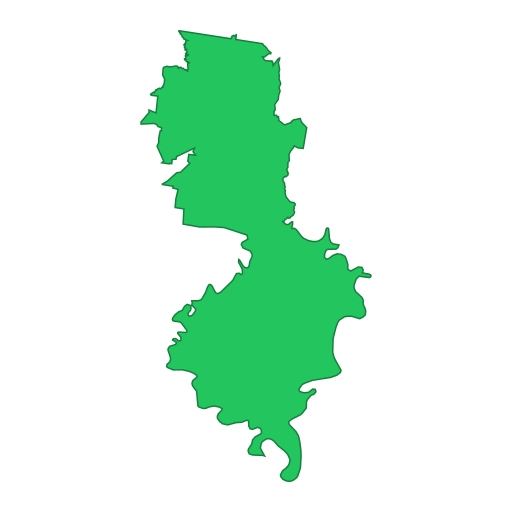 Jáltipan, Veracruz, Mexico (Albers equal-area conic projection)
{"feature_id": "50627088B42259130127478", "entity_name": "Jáltipan", "entity_type": "district", "adm_level": 2, "iso_a3": "MEX", "parent_name": "Mexico", "parent_adm1": "Veracruz", "projection": "albers", "projection_center": [-94.718, 17.862], "detail": "fine", "context": "isolated", "style": "filled", "palette": "green", "viewbox_px": 512, "rotation_deg": 0, "n_neighbors": 0, "source": "geoboundaries", "source_scale": "gbopen_adm2", "svg_char_len": 6013}
<svg xmlns="http://www.w3.org/2000/svg" viewBox="0 0 512 512"><path d="M306.7,127.6L302.2,123.0L301.0,121.0L300.3,118.5L293.3,120.0L291.4,121.5L291.2,122.5L284.5,124.9L278.6,120.3L278.9,118.6L278.5,117.7L277.6,117.1L278.1,116.6L276.8,116.5L276.6,115.3L274.1,115.4L274.0,111.9L274.4,110.6L275.0,110.4L275.2,108.7L274.6,104.6L278.2,99.6L278.8,94.7L280.1,91.1L279.0,87.4L280.5,84.4L280.6,83.2L279.0,78.7L279.4,75.8L278.8,73.0L279.6,69.5L278.4,62.5L279.6,59.2L279.6,58.0L277.9,59.1L273.1,65.6L272.8,62.1L272.1,62.0L272.0,61.0L265.9,60.8L264.4,60.0L262.6,56.8L264.5,57.0L268.8,53.6L270.7,53.8L271.0,52.7L268.3,50.6L265.8,47.0L263.5,45.2L262.6,43.7L235.8,39.5L236.4,34.1L235.7,35.5L234.6,35.9L233.6,35.4L232.0,36.2L231.1,38.6L231.4,38.8L179.0,30.7L178.8,31.3L179.6,32.4L180.3,32.1L180.3,34.0L181.0,34.0L182.4,37.0L183.8,38.1L183.6,38.8L187.1,40.4L186.0,40.5L185.3,43.7L185.7,45.0L185.3,44.6L184.5,45.3L184.2,44.5L183.9,45.0L185.2,47.3L184.6,47.7L185.4,48.5L185.0,49.6L186.6,49.4L186.1,50.5L187.1,51.6L187.0,52.3L185.8,53.3L188.4,54.9L187.1,55.8L185.9,54.3L185.3,56.1L186.0,57.0L185.7,58.1L185.4,58.6L183.9,58.7L184.6,58.9L185.0,60.1L186.3,59.9L186.3,61.6L187.4,61.7L187.8,63.0L188.6,62.2L189.3,62.7L187.7,64.0L187.7,66.8L188.4,68.1L187.3,70.1L187.9,70.9L187.5,71.2L185.9,69.5L185.0,70.0L183.2,68.3L182.3,68.6L180.9,67.2L178.6,68.1L179.0,66.7L178.3,67.5L177.2,66.2L176.1,65.9L170.7,66.9L166.9,66.3L163.6,67.4L163.1,68.6L162.7,74.9L164.7,79.4L164.0,84.2L162.7,86.4L163.1,87.0L161.7,87.6L160.9,88.8L159.7,88.2L157.5,89.0L156.4,90.2L156.2,89.8L155.6,90.1L155.7,91.3L155.4,90.8L154.5,92.3L154.3,91.9L153.6,92.1L150.6,94.2L151.2,95.3L157.8,96.1L156.0,112.9L149.0,110.0L149.0,112.6L141.0,122.0L141.1,124.1L153.8,123.5L156.6,124.4L157.9,126.5L161.5,127.7L161.4,130.7L160.3,130.7L159.5,134.1L158.7,138.4L158.7,142.5L157.1,146.3L163.7,161.1L161.8,162.8L169.3,163.9L169.8,163.4L171.7,163.7L172.2,159.5L176.0,159.2L176.5,156.6L194.4,148.1L193.0,151.7L195.5,155.2L188.8,154.4L187.8,161.3L189.8,163.3L180.7,172.1L176.5,172.9L167.4,181.1L162.3,184.1L162.4,184.5L173.3,186.3L172.8,188.0L178.1,189.4L175.8,199.2L175.1,207.5L183.9,209.0L183.1,224.1L199.6,227.0L214.7,226.9L224.3,227.6L247.1,235.1L247.8,239.2L242.1,242.4L241.3,244.4L243.0,247.9L250.3,251.1L252.1,254.4L252.1,256.7L249.9,261.2L249.0,266.1L248.0,267.5L246.5,268.0L245.3,267.7L243.3,266.2L239.6,260.1L238.7,259.5L238.5,262.0L242.2,269.2L242.5,273.6L241.0,274.7L239.6,273.3L236.5,273.5L232.7,280.5L221.1,291.8L218.9,293.2L216.6,293.5L215.5,292.5L211.8,285.6L210.4,284.5L209.2,284.5L207.7,286.7L205.6,292.3L202.1,298.5L200.7,300.0L198.1,300.7L191.7,300.8L192.3,303.0L191.7,305.1L195.7,309.1L195.1,311.5L192.5,315.0L190.7,316.0L188.7,315.9L188.0,314.7L188.3,312.9L190.4,310.5L191.0,308.8L190.9,306.9L190.4,305.4L187.1,304.4L184.6,306.3L182.2,310.4L178.5,311.9L174.7,315.1L172.9,317.8L172.4,319.3L172.7,320.4L174.1,321.2L179.2,321.8L181.0,322.5L187.0,330.6L186.8,331.9L185.5,332.5L178.7,332.0L177.8,332.5L177.7,333.5L180.6,336.9L181.0,338.3L180.9,340.3L180.4,340.9L178.5,340.9L176.6,339.1L175.3,338.6L173.7,338.6L172.8,339.3L172.5,340.0L176.1,342.2L176.3,343.3L175.5,344.5L169.7,346.3L168.1,348.6L168.0,350.1L170.4,357.3L170.5,360.1L169.3,362.4L167.1,364.2L166.7,366.4L167.2,367.4L173.2,369.9L182.3,369.8L189.3,371.4L193.6,373.2L196.6,375.3L197.0,376.7L196.7,377.4L193.3,380.1L192.5,381.1L192.0,383.6L192.5,385.7L196.6,391.2L197.9,405.9L198.8,406.9L203.1,408.5L206.1,408.3L208.2,407.2L213.9,406.0L219.5,407.1L222.0,408.6L221.7,410.3L218.4,413.6L217.3,416.3L217.5,418.6L219.6,421.4L222.3,423.7L227.7,424.9L235.8,422.7L241.9,422.2L246.2,420.4L247.7,420.4L248.6,421.0L248.7,425.9L250.1,428.8L252.4,429.4L257.5,427.4L259.8,428.1L261.2,429.5L261.5,432.7L260.6,433.9L255.2,436.9L252.6,439.9L251.7,444.0L248.3,449.3L248.2,451.4L249.3,453.9L252.6,455.0L262.9,455.4L264.6,456.0L260.4,448.2L260.8,445.1L261.7,442.4L262.7,441.4L266.0,439.1L268.0,438.7L269.8,438.8L272.2,439.8L274.4,441.5L277.8,445.6L284.4,450.8L287.6,454.2L289.7,458.8L290.0,460.7L288.8,464.9L286.3,467.9L282.6,470.8L280.4,474.9L281.0,477.0L282.9,479.3L285.9,480.8L288.7,481.3L291.4,481.0L293.8,479.9L296.6,477.7L297.7,476.1L300.4,468.0L301.1,456.4L300.9,450.6L299.8,441.8L298.5,436.0L295.9,431.5L289.5,424.8L288.6,422.6L289.0,421.5L291.9,419.1L300.1,415.0L302.1,413.4L306.3,408.1L306.5,401.4L307.7,399.2L311.2,395.2L313.8,394.3L315.7,392.2L315.9,391.0L315.0,389.2L312.7,389.1L308.6,392.3L304.0,392.8L299.9,391.6L298.7,389.5L302.3,384.4L305.8,382.7L312.6,380.3L331.1,377.3L336.9,375.2L340.5,372.4L341.0,370.2L335.3,360.0L334.0,357.2L332.7,352.2L333.1,338.5L336.0,327.1L338.0,321.9L339.5,320.0L344.4,316.8L347.9,316.2L351.8,316.3L359.7,318.7L363.0,317.1L365.3,314.8L365.7,311.4L365.4,309.3L363.0,303.7L363.4,301.2L362.9,299.3L361.7,297.2L355.6,291.6L354.1,288.0L354.0,285.5L356.2,279.1L359.0,276.2L369.5,277.6L370.7,276.8L371.0,275.6L370.5,274.8L369.1,274.1L362.5,272.9L363.2,270.1L362.0,267.4L358.3,267.0L350.7,271.0L348.5,269.8L347.8,269.0L347.9,264.7L346.2,259.0L344.9,256.3L341.3,254.4L337.1,253.8L332.9,255.4L329.2,258.3L326.4,259.3L324.5,257.3L324.7,253.6L326.2,250.3L327.5,249.4L336.1,249.1L337.7,247.9L339.0,244.9L333.1,243.9L330.7,242.1L329.4,238.2L328.6,228.6L327.8,228.0L326.7,228.2L326.1,229.2L324.9,234.5L322.7,238.2L319.1,240.7L316.6,241.5L312.6,241.5L308.1,240.5L303.6,238.3L301.7,236.7L296.2,229.5L294.0,228.2L292.0,228.6L291.7,227.7L292.6,224.7L292.6,221.8L291.6,221.9L288.4,224.5L287.1,224.5L285.9,224.4L282.8,221.6L284.5,220.8L284.8,219.6L286.4,218.9L287.8,217.4L288.6,218.1L290.0,218.0L290.3,217.1L293.1,215.3L294.4,212.8L294.5,211.7L293.6,210.1L294.2,208.4L293.9,207.5L295.2,204.7L295.0,203.6L293.8,202.6L290.9,202.1L289.0,200.8L285.9,196.5L285.0,192.5L285.4,190.7L284.6,188.6L285.2,186.6L284.7,186.0L284.5,183.2L283.0,180.7L282.7,178.9L284.7,176.5L286.1,176.7L287.9,175.0L288.3,173.2L287.7,173.0L287.6,171.3L286.6,169.7L287.9,167.2L287.9,162.5L289.3,160.7L289.0,154.6L290.4,151.4L293.5,147.5L294.1,145.9L298.1,147.9L303.2,148.4L306.7,127.6Z" fill="#22c55e" stroke="#15803d" stroke-width="1.5"/></svg>